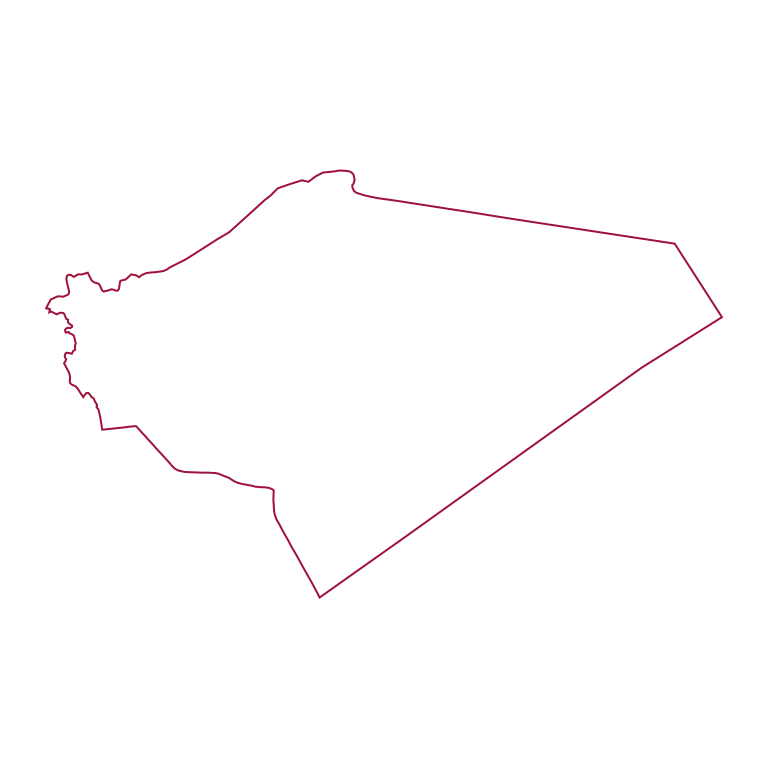 outline of Duma, Rif Dimashq, Syria
{"feature_id": "27442178B16442606574703", "entity_name": "Duma", "entity_type": "district", "adm_level": 2, "iso_a3": "SYR", "parent_name": "Syria", "parent_adm1": "Rif Dimashq", "projection": "equal_earth", "projection_center": [36.727, 33.326], "detail": "fine", "context": "isolated", "style": "outline", "palette": "rose", "viewbox_px": 768, "rotation_deg": 0, "n_neighbors": 0, "source": "geoboundaries", "source_scale": "gbopen_adm2", "svg_char_len": 3725}
<svg xmlns="http://www.w3.org/2000/svg" viewBox="0 0 768 768"><path d="M49.3,312.3L50.9,311.5L54.2,313.0L56.7,314.4L57.9,313.8L60.0,312.7L63.3,313.0L64.1,313.7L66.2,318.8L68.1,319.8L68.0,320.7L67.9,322.2L68.7,323.1L70.5,324.6L72.1,325.6L72.1,326.8L70.2,328.1L68.3,327.8L66.1,328.5L65.0,330.1L65.7,332.6L68.7,332.0L69.6,333.3L71.8,334.2L72.3,334.5L73.7,335.5L74.3,337.5L74.7,339.0L75.6,342.8L75.8,343.4L75.1,345.2L75.0,347.6L75.2,349.7L73.2,351.0L71.8,353.7L67.3,352.7L65.7,353.1L64.9,355.0L64.7,356.2L65.1,357.5L66.2,359.4L65.3,361.3L64.1,363.2L64.7,364.6L65.9,366.6L67.5,369.8L68.8,372.2L69.5,374.0L70.1,377.3L69.8,380.4L69.9,382.6L70.8,383.8L72.1,384.8L75.2,386.1L76.7,387.4L78.7,390.2L81.0,393.8L83.3,397.1L83.9,396.0L86.2,393.1L88.4,392.9L90.3,395.1L91.6,397.2L93.5,398.1L95.0,401.5L97.0,404.8L97.0,405.0L97.0,405.3L96.9,405.4L96.9,405.5L96.9,405.8L96.8,406.0L96.8,406.3L96.8,406.5L96.7,406.5L96.7,406.8L96.6,407.0L96.6,407.3L98.4,409.2L100.5,418.5L101.8,427.0L102.3,429.7L107.0,429.2L114.6,428.4L125.1,427.3L128.1,426.8L133.0,426.4L135.3,426.1L136.4,426.4L138.4,428.7L139.7,430.1L142.9,433.7L145.6,436.4L147.9,439.3L151.0,442.5L154.3,446.1L155.6,447.8L159.1,451.5L167.5,460.7L168.9,462.2L171.6,465.4L173.5,467.4L174.9,468.7L176.6,469.6L178.4,470.5L181.6,471.3L183.4,471.7L185.3,472.0L189.3,472.2L195.1,472.4L197.9,472.5L201.0,472.6L204.8,472.7L209.2,472.7L211.4,472.9L215.3,473.0L218.4,473.7L220.4,474.5L225.1,476.4L229.4,478.1L231.5,479.6L234.7,481.5L237.6,482.8L242.3,484.0L250.6,485.5L253.6,486.1L255.4,486.8L257.2,486.8L257.6,486.9L259.5,487.1L259.9,487.1L260.7,487.2L264.5,487.3L265.6,487.4L266.1,487.5L268.8,487.8L271.8,489.0L273.7,490.3L273.6,493.7L273.5,496.4L273.4,497.9L273.4,499.5L273.4,500.2L273.8,505.7L273.8,507.1L274.1,510.2L274.3,512.5L274.9,515.0L276.3,519.0L279.0,523.7L281.1,527.7L284.0,533.1L288.2,540.4L291.9,547.6L294.0,550.9L297.4,556.9L301.6,564.6L304.8,570.3L306.0,572.4L307.6,575.2L308.9,577.5L313.0,584.8L315.2,589.0L316.7,591.8L317.7,593.6L319.6,597.5L402.7,538.7L641.6,367.7L721.9,317.2L719.1,312.7L674.7,243.7L642.0,238.7L617.0,234.9L589.6,230.7L560.6,226.3L536.4,222.6L513.6,219.1L498.4,216.7L478.0,213.4L464.0,211.2L444.9,208.3L413.4,203.4L400.6,201.4L392.4,200.2L376.6,198.0L364.9,195.5L356.4,192.8L354.0,191.0L352.7,188.3L352.3,186.6L352.3,185.1L353.6,183.6L354.6,179.8L353.9,176.1L353.7,175.1L352.7,173.8L351.7,172.6L349.4,171.4L348.4,171.2L347.0,171.0L346.4,170.9L345.6,170.9L344.9,170.8L343.6,170.7L342.6,170.7L339.6,170.5L334.2,171.4L329.1,172.0L323.2,172.5L315.7,176.3L308.4,181.8L302.0,180.3L294.7,182.6L287.5,184.9L283.7,186.3L282.3,186.7L279.8,187.6L277.7,188.4L270.8,195.3L264.6,200.2L246.2,216.9L229.1,232.3L217.5,239.1L210.2,243.8L199.6,250.6L185.7,259.4L170.4,267.1L166.6,269.7L164.0,270.8L160.7,271.5L158.1,271.8L156.3,272.1L152.7,272.4L150.8,272.5L146.6,273.0L141.8,275.0L139.0,277.3L137.2,275.8L135.2,275.2L131.2,274.4L125.7,279.5L120.7,280.7L120.0,281.6L119.9,283.0L119.4,285.6L119.1,288.7L118.1,290.1L117.3,290.8L115.8,290.7L113.6,289.7L111.3,289.3L108.7,290.3L106.3,290.9L103.8,291.5L102.1,290.4L100.3,286.5L99.3,284.3L97.9,283.4L94.9,282.7L91.8,280.7L88.8,274.9L87.8,272.7L81.5,274.5L78.2,274.3L73.8,276.9L71.1,275.1L68.9,274.7L66.9,275.9L66.6,277.9L66.4,279.8L67.3,284.0L68.7,289.5L69.2,292.4L68.7,293.6L68.3,294.5L66.5,295.3L65.2,295.9L64.0,296.3L63.2,296.7L61.6,296.6L59.5,296.3L58.0,296.4L57.3,296.5L50.8,299.5L48.5,303.6L46.1,308.3L46.3,308.4L46.5,308.4L46.7,308.5L46.8,308.5L47.0,308.5L47.3,308.6L47.5,308.6L47.8,308.6L48.0,308.7L48.5,308.6L48.8,308.7L48.9,308.8L49.1,308.9L49.3,309.0L49.5,309.1L49.9,309.1L49.9,309.3L49.8,309.6L49.7,309.8L49.6,310.3L49.6,310.5L49.5,311.0L49.4,311.6L49.3,312.3L49.3,312.3Z" fill="none" stroke="#9f1239" stroke-width="2"/></svg>